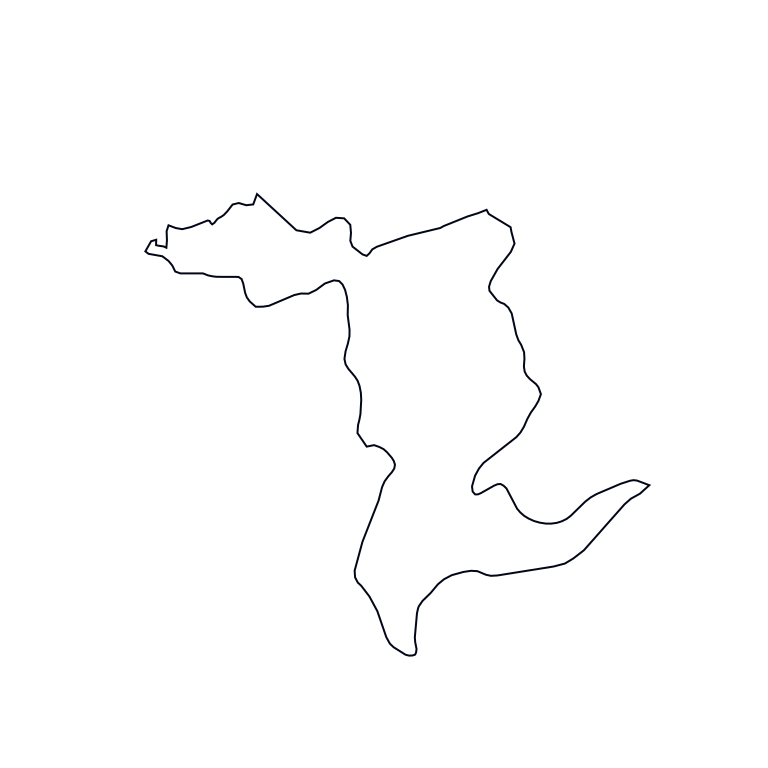 Leribe, Equal Earth projection, rotated 38°
{"feature_id": "LSO-1212", "entity_name": "Leribe", "entity_type": "District", "adm_level": 1, "iso_a3": "LSO", "parent_name": "Lesotho", "parent_adm1": "", "projection": "equal_earth", "projection_center": [28.234, -29.023], "detail": "fine", "context": "isolated", "style": "outline", "palette": "ink", "viewbox_px": 768, "rotation_deg": 38, "n_neighbors": 0, "source": "natural_earth", "source_scale": "10m", "svg_char_len": 2757}
<svg xmlns="http://www.w3.org/2000/svg" viewBox="0 0 768 768"><g transform="rotate(38 384 384)"><path d="M361.9,185.5L387.2,182.5L390.8,185.7L400.4,193.0L402.6,201.7L402.7,223.5L404.8,237.3L406.9,242.7L409.7,245.6L421.6,248.5L425.4,248.1L429.4,246.9L434.9,247.2L441.2,249.8L457.7,263.5L463.0,266.8L468.0,268.7L474.8,272.7L479.1,277.6L483.5,284.1L487.2,287.6L491.3,289.5L496.2,290.3L503.9,290.5L507.7,291.5L513.9,295.4L516.1,302.2L517.0,308.7L517.3,316.0L518.4,323.0L520.6,331.6L521.4,338.4L521.0,344.4L511.0,385.0L510.9,392.2L512.2,400.1L516.4,410.5L520.1,414.2L523.8,414.9L526.0,413.1L527.5,410.4L533.3,396.4L535.2,393.0L537.5,391.0L540.9,390.5L544.8,390.9L565.6,400.3L570.4,401.3L575.7,401.6L580.8,401.0L586.6,399.6L592.2,397.3L597.4,394.4L601.6,391.2L605.6,387.1L608.6,382.8L611.0,377.8L612.3,372.8L615.0,352.8L616.7,346.1L619.3,339.8L632.0,316.8L637.5,308.7L639.9,306.1L642.9,304.3L655.4,300.4L653.2,312.9L649.2,322.3L647.6,330.8L643.9,391.9L640.6,404.9L637.1,414.1L630.1,423.3L591.3,465.0L586.4,469.3L581.9,471.5L572.8,474.0L567.6,477.6L562.3,483.2L555.1,492.9L551.5,500.9L549.8,508.6L549.4,520.2L547.9,531.1L548.3,537.8L549.1,540.1L551.1,544.3L564.3,564.7L567.5,568.2L572.8,572.8L574.6,575.9L575.1,578.1L573.7,580.3L571.0,582.6L567.5,584.1L553.6,585.5L548.5,585.0L541.7,582.1L518.6,567.1L503.3,560.4L490.2,557.0L485.6,556.6L480.3,554.2L475.8,549.2L464.2,521.7L451.5,479.2L446.0,466.5L444.4,460.3L444.2,454.1L444.5,448.5L444.1,444.2L442.3,440.8L439.2,438.7L435.8,437.4L428.4,435.9L423.8,435.6L419.1,436.5L413.8,438.3L408.9,444.0L393.3,439.0L388.8,432.3L386.6,427.3L384.0,422.3L375.9,410.6L371.2,405.2L365.8,400.5L361.2,397.7L356.6,396.1L346.6,394.0L341.7,392.2L337.4,388.6L333.6,381.9L330.7,374.5L327.5,367.8L323.5,362.5L312.9,352.0L307.1,344.2L301.2,338.3L295.4,333.8L290.0,331.1L285.3,330.5L280.8,333.1L275.6,341.1L272.6,351.8L268.9,359.3L262.9,363.8L258.5,369.2L245.2,393.2L240.9,397.7L235.3,402.1L227.4,401.6L222.6,400.2L218.5,397.7L211.2,391.5L207.2,389.0L203.4,389.2L186.1,402.6L182.6,404.7L178.6,406.7L173.2,408.3L155.5,422.2L150.2,423.9L144.3,421.0L138.5,419.7L130.7,419.8L118.3,426.4L114.3,426.4L112.6,414.9L115.7,410.6L118.9,414.9L121.3,413.8L125.6,411.3L128.6,410.6L124.5,404.4L118.6,397.4L116.5,391.6L123.9,389.3L129.7,386.2L135.4,379.0L144.4,363.7L146.2,362.9L148.4,363.8L150.3,364.0L151.1,361.4L151.1,356.8L151.6,354.9L152.6,352.9L153.7,349.5L154.2,344.5L154.2,335.8L158.0,330.9L165.4,327.9L170.4,323.0L167.0,312.5L220.3,316.8L232.7,310.2L237.1,300.8L240.0,290.9L243.8,282.6L250.6,278.0L259.4,279.3L265.0,285.3L269.3,291.9L274.6,295.1L287.3,295.1L291.5,293.7L292.1,290.0L291.9,285.1L293.9,280.2L311.6,252.5L332.3,226.4L333.8,222.8L346.7,200.5L353.0,191.4L357.6,183.6L361.9,185.5Z" fill="none" stroke="#020617" stroke-width="2"/></g></svg>